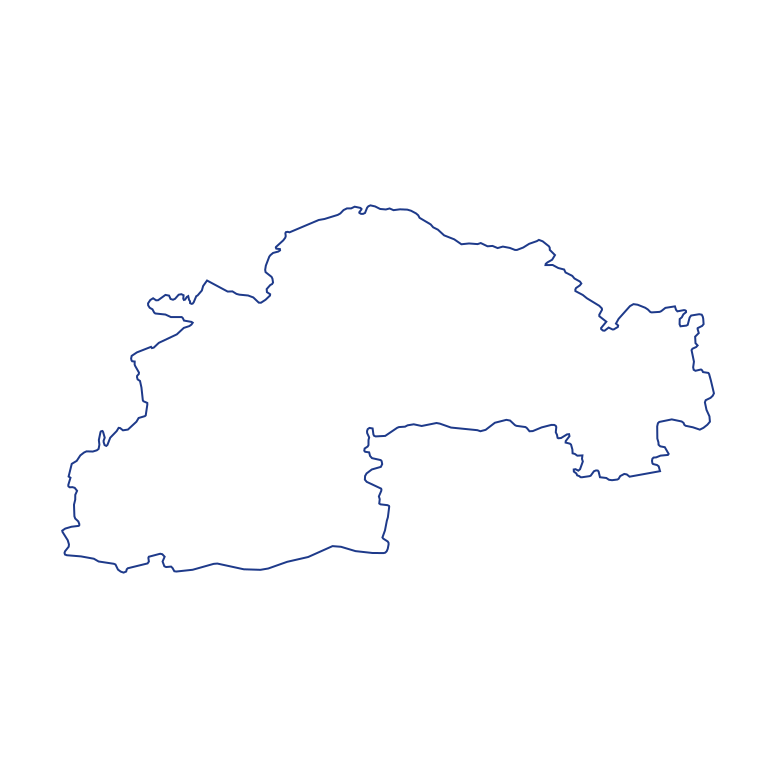 the Region of Dnipropetrovs'k, rotated 357°
{"feature_id": "UKR-326", "entity_name": "Dnipropetrovs'k", "entity_type": "Region", "adm_level": 1, "iso_a3": "UKR", "parent_name": "Ukraine", "parent_adm1": "", "projection": "robinson", "projection_center": [35.02, 48.328], "detail": "fine", "context": "isolated", "style": "outline", "palette": "blue", "viewbox_px": 768, "rotation_deg": 357, "n_neighbors": 0, "source": "natural_earth", "source_scale": "10m", "svg_char_len": 6123}
<svg xmlns="http://www.w3.org/2000/svg" viewBox="0 0 768 768"><g transform="rotate(357 384 384)"><path d="M389.3,209.0L395.0,209.8L398.8,209.0L402.6,210.9L409.1,210.4L416.4,211.1L420.1,212.4L424.9,215.3L427.0,217.3L428.2,219.9L439.0,227.1L441.3,230.1L445.9,232.7L451.8,238.7L461.7,243.2L468.6,248.5L476.3,248.1L484.8,249.2L488.0,248.3L494.6,251.9L499.6,251.8L504.6,254.2L509.9,253.0L516.8,254.7L521.9,257.0L523.7,257.1L530.2,255.0L536.3,251.6L544.2,249.3L546.2,248.2L549.9,249.8L555.9,255.1L556.6,256.5L556.6,258.8L561.5,264.2L558.4,268.7L553.6,271.1L551.8,272.5L551.5,273.7L558.7,274.0L564.1,277.3L569.9,279.1L571.1,282.1L577.7,285.9L579.7,288.6L585.1,292.0L586.3,294.0L584.7,295.8L580.8,298.2L580.0,299.7L580.0,301.2L587.2,305.5L591.1,309.0L603.1,317.2L605.5,319.9L605.6,321.3L602.6,326.1L602.6,327.6L609.3,333.4L603.7,339.5L603.8,340.6L605.5,342.1L607.1,342.3L611.3,339.4L615.1,341.5L616.3,341.5L620.5,339.3L620.9,337.8L618.8,335.8L621.7,331.2L633.7,319.1L637.3,317.3L641.4,318.1L648.8,321.5L651.4,323.4L653.8,326.1L655.1,326.5L663.0,326.4L664.6,325.8L669.0,322.7L678.6,321.7L679.5,325.2L680.8,326.8L687.5,325.9L688.9,326.3L689.4,326.8L689.4,328.1L686.6,330.1L684.9,333.0L682.7,334.6L682.3,339.8L683.1,341.9L689.0,341.5L690.4,340.8L692.7,333.6L694.3,331.7L702.4,330.8L704.9,331.4L705.8,333.3L706.2,335.5L706.3,340.9L704.8,342.6L700.2,344.6L700.0,345.3L701.0,349.6L697.2,353.0L697.2,359.5L699.2,361.9L697.7,363.4L693.9,364.9L692.9,366.3L694.7,377.9L693.6,383.5L694.0,386.0L695.7,387.1L701.3,386.1L702.4,387.0L703.2,388.8L708.5,389.9L709.2,391.1L710.6,397.5L713.0,410.6L711.7,412.9L709.4,414.9L704.4,417.0L703.5,419.1L704.7,426.7L707.3,433.3L707.5,438.7L704.8,441.6L700.7,444.5L697.0,446.1L690.2,443.4L683.0,441.5L681.8,440.5L681.1,438.5L679.3,437.0L669.5,434.4L656.9,436.3L655.5,437.5L654.6,440.6L654.1,452.8L655.0,456.6L655.0,459.0L656.6,460.7L661.1,461.8L664.6,468.7L663.8,469.7L656.4,470.0L652.0,471.5L649.3,471.6L648.1,472.7L647.6,474.8L647.9,477.2L648.5,478.0L652.4,479.2L654.0,480.6L655.1,485.5L624.4,489.4L621.7,487.0L619.2,486.4L615.1,488.3L613.3,491.0L612.1,491.6L606.7,492.0L603.6,491.4L601.1,489.5L594.8,488.4L593.7,482.6L592.9,481.6L591.2,481.4L589.1,482.1L585.6,486.4L584.3,486.8L576.7,487.5L575.3,487.3L574.4,486.3L572.1,485.3L571.4,483.4L569.0,481.4L569.0,479.3L570.8,479.1L573.5,480.7L575.3,479.4L578.5,471.8L577.8,469.1L578.4,465.7L573.3,465.7L570.9,463.8L568.7,463.1L568.7,459.3L567.6,454.3L566.5,453.3L562.3,452.0L562.5,450.5L566.5,445.8L566.2,443.8L564.1,443.9L558.0,447.2L555.2,447.3L554.5,446.8L554.1,443.8L553.0,441.2L553.8,436.0L553.3,434.7L551.9,433.8L549.0,433.6L539.1,435.6L530.1,438.8L526.8,438.8L524.3,435.4L523.0,434.4L514.0,432.7L512.6,431.9L508.0,427.1L504.3,426.2L492.7,428.5L483.1,435.1L477.8,436.2L474.8,435.0L448.6,431.0L437.7,426.5L434.4,425.7L419.4,427.9L411.6,425.8L405.4,426.5L402.8,427.7L396.7,427.8L394.9,428.4L382.5,435.9L372.9,435.9L371.4,435.2L370.8,433.9L370.3,427.8L367.2,427.1L365.4,428.2L364.6,430.1L364.6,432.1L366.4,436.6L365.6,439.1L365.3,444.2L364.4,445.6L361.3,447.4L360.8,449.6L361.6,450.7L365.6,451.5L366.3,455.1L368.1,457.4L376.7,459.8L377.6,460.9L378.0,463.9L376.5,466.6L367.4,468.7L361.9,472.4L360.3,474.9L359.9,478.5L361.6,480.8L375.6,488.3L375.9,489.0L375.7,490.5L373.0,496.0L373.7,498.8L373.0,503.1L374.2,504.0L381.2,505.2L382.6,506.0L382.8,506.7L380.9,517.3L379.7,520.6L377.3,530.3L374.4,537.2L375.2,538.4L379.5,541.5L380.2,542.8L380.2,544.4L379.1,548.8L377.9,551.2L376.4,552.5L374.9,552.8L363.9,552.2L346.8,549.4L332.5,544.3L324.1,543.2L299.2,552.8L278.0,556.5L258.7,562.2L250.9,563.1L234.3,561.7L208.2,554.6L204.5,554.7L183.2,559.5L166.8,560.4L164.8,560.0L163.2,556.7L161.8,555.2L156.8,555.4L155.1,554.5L153.6,549.7L155.9,545.0L153.7,542.4L151.6,541.8L140.1,544.2L139.6,545.3L139.9,549.0L138.5,550.8L118.5,554.6L117.4,555.6L116.7,557.8L114.1,558.7L111.3,557.6L108.6,555.4L106.4,550.2L104.8,549.4L89.7,546.3L85.1,543.3L72.4,540.3L58.3,538.4L56.5,537.6L56.1,536.0L56.7,534.4L60.6,530.0L61.0,527.7L60.0,523.5L55.2,514.9L55.0,513.6L58.1,511.7L64.4,510.2L71.7,509.7L72.3,509.1L72.4,507.9L71.5,505.2L68.6,502.2L67.9,499.9L68.1,488.3L69.6,483.3L69.9,478.5L71.9,474.6L69.7,471.5L67.5,470.7L64.7,470.7L63.5,469.7L63.4,468.4L66.0,461.2L64.2,459.9L68.0,447.4L73.1,444.7L77.0,439.4L80.9,436.7L83.4,435.7L89.7,436.2L93.7,435.2L95.6,433.9L96.6,429.7L96.3,425.0L98.4,417.1L99.0,416.4L100.4,416.2L101.0,417.3L102.3,423.0L101.0,426.0L101.0,427.5L101.8,430.4L103.4,431.3L104.6,430.4L107.8,423.3L114.6,417.0L116.7,413.9L118.2,414.2L120.9,416.6L125.9,416.1L134.8,408.7L137.2,405.1L143.5,403.6L144.4,402.9L146.6,392.1L146.6,390.5L142.8,388.6L142.3,387.6L141.6,374.9L140.5,368.2L138.2,366.5L137.7,364.2L137.9,362.9L139.6,361.3L139.9,359.8L136.4,352.8L136.0,351.5L136.2,348.5L133.7,348.1L133.1,347.2L132.8,345.3L133.5,342.7L138.9,339.5L153.3,334.7L154.1,336.0L156.0,335.6L161.3,331.1L179.7,323.6L187.0,317.5L192.6,316.0L194.8,314.6L196.2,312.8L195.0,311.9L187.6,310.2L186.5,307.6L185.5,306.6L174.7,306.0L169.4,303.2L159.3,301.6L158.2,300.6L156.7,297.3L154.0,295.6L152.6,293.1L152.6,291.1L155.0,287.9L157.9,286.3L160.8,288.5L162.8,288.5L170.4,283.6L174.0,284.5L175.3,287.9L177.7,288.8L179.8,288.0L183.6,284.1L186.3,283.7L188.5,284.9L188.0,288.3L188.6,289.6L189.8,289.3L191.7,286.7L193.1,286.0L193.7,289.7L194.6,291.2L194.6,293.1L196.0,293.9L197.1,293.7L198.2,292.5L201.1,286.5L202.5,285.8L207.0,281.1L208.5,276.7L212.7,271.4L232.7,283.5L237.5,283.6L241.4,286.3L244.2,287.2L252.9,288.5L258.0,290.7L263.2,296.2L265.4,296.4L270.1,293.7L274.8,289.7L275.0,288.4L271.9,286.1L271.8,283.1L275.6,279.2L277.4,278.4L278.5,276.9L278.1,273.0L277.3,271.1L271.6,266.1L271.3,263.8L272.2,259.6L276.1,250.8L277.3,249.4L280.1,247.3L285.4,246.2L287.2,245.1L287.1,243.8L283.5,243.2L283.1,242.1L283.3,241.5L290.9,235.3L293.0,232.8L293.6,231.2L293.4,228.2L294.0,227.2L295.8,227.0L297.6,227.6L327.4,216.8L333.2,216.1L346.7,212.7L349.3,211.4L352.7,208.2L356.2,206.7L360.4,206.9L364.0,205.4L369.6,206.9L370.7,207.9L370.6,208.5L368.3,211.2L368.4,211.9L370.0,212.9L372.0,213.0L374.0,212.2L376.4,207.0L377.7,205.7L379.8,204.9L384.4,206.2L389.3,209.0Z" fill="none" stroke="#1e3a8a" stroke-width="2"/></g></svg>